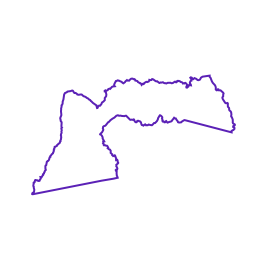 outline of Pracuúba, Amapá, Brazil, rotated 350°
{"feature_id": "56859067B17599195278011", "entity_name": "Pracuúba", "entity_type": "district", "adm_level": 2, "iso_a3": "BRA", "parent_name": "Brazil", "parent_adm1": "Amapá", "projection": "natural_earth1", "projection_center": [-51.252, 1.606], "detail": "fine", "context": "isolated", "style": "outline", "palette": "violet", "viewbox_px": 256, "rotation_deg": 350, "n_neighbors": 0, "source": "geoboundaries", "source_scale": "gbopen_adm2", "svg_char_len": 5843}
<svg xmlns="http://www.w3.org/2000/svg" viewBox="0 0 256 256"><g transform="rotate(350 128 128)"><path d="M22.7,176.7L92.9,175.3L104.8,175.4L109.2,175.2L109.0,173.7L108.7,173.1L108.9,170.6L109.3,168.8L108.7,168.1L108.6,167.3L109.0,167.0L109.5,167.2L110.0,167.1L110.3,166.5L110.5,166.0L110.3,164.8L109.8,163.6L110.1,163.0L110.1,162.2L112.0,161.1L112.3,160.7L112.3,160.2L111.9,159.7L112.1,158.3L111.9,157.5L111.3,157.4L110.7,157.5L110.8,156.6L111.1,155.8L110.7,154.8L110.7,153.8L110.3,153.5L110.4,152.8L110.0,152.6L109.7,153.0L108.5,153.1L108.2,152.4L107.7,152.0L107.9,151.2L106.6,149.5L107.0,147.4L106.5,146.2L105.5,145.6L104.5,144.4L105.1,143.9L104.6,142.3L104.2,141.8L103.3,141.6L102.3,140.9L101.4,140.9L101.1,140.4L101.2,138.9L100.8,138.6L101.5,137.5L101.2,136.9L101.5,136.4L102.1,136.6L101.2,133.9L101.4,132.7L100.9,131.0L100.0,129.6L99.5,129.4L99.7,129.0L101.7,127.7L103.2,125.8L103.4,125.1L103.1,124.2L103.7,122.5L104.3,122.1L105.0,121.9L105.7,121.9L106.5,121.5L109.2,119.1L109.6,118.8L110.4,118.6L112.0,117.3L114.4,116.1L116.4,115.4L118.7,113.9L120.3,113.7L121.3,114.4L122.8,114.5L124.1,115.1L126.6,115.7L127.4,115.5L128.3,115.6L131.5,120.2L131.9,120.4L133.3,120.4L134.3,120.9L135.0,120.5L135.4,120.7L135.8,122.6L136.3,123.4L136.7,123.7L137.4,123.8L137.9,123.4L138.4,122.6L138.8,122.6L139.5,122.7L140.3,123.4L140.8,123.4L141.7,124.6L141.9,127.0L142.2,127.5L143.1,127.8L143.5,128.3L145.5,127.4L146.3,128.5L146.9,128.4L147.9,128.7L149.0,128.2L150.4,128.9L152.0,129.4L152.6,129.1L154.6,127.6L155.5,127.8L157.6,126.3L158.9,124.7L159.3,123.6L161.3,121.3L161.7,121.0L162.2,121.3L162.9,122.0L163.6,123.3L163.5,124.0L163.1,124.7L163.4,125.6L163.1,126.9L163.3,127.6L164.1,127.6L164.8,128.7L165.5,128.8L165.9,128.6L166.2,128.0L166.8,127.8L167.6,129.3L168.0,129.6L169.0,129.3L171.7,129.0L172.2,128.8L173.3,127.6L174.1,127.0L175.2,125.9L176.1,126.9L176.7,126.9L177.3,128.5L178.2,130.2L178.3,131.0L178.8,131.3L179.9,131.6L181.5,131.6L182.0,131.1L183.7,130.4L184.9,130.0L185.5,130.2L229.3,150.3L229.5,148.9L230.6,148.4L231.4,148.3L232.7,147.3L232.8,146.1L231.7,145.2L232.0,144.4L233.3,144.0L233.7,143.7L233.8,143.1L232.3,141.7L232.1,140.8L232.4,139.4L232.6,137.8L232.1,135.3L231.7,134.8L231.6,134.3L232.2,132.6L232.3,130.5L232.0,129.5L231.0,128.3L230.8,127.7L231.0,126.2L230.9,125.6L230.1,124.5L230.1,123.9L230.6,121.1L230.2,120.6L229.4,120.7L228.7,120.6L228.1,120.1L226.4,116.1L226.2,114.9L226.3,114.2L227.2,113.4L227.5,111.9L227.7,111.2L228.1,110.7L227.9,109.8L225.7,107.0L223.8,106.6L223.7,105.6L223.1,105.5L222.6,106.2L221.9,106.3L221.4,105.8L221.1,105.2L221.4,104.0L221.5,103.0L221.3,101.7L221.1,101.0L219.3,98.2L218.7,96.5L218.0,92.9L217.3,91.8L217.5,90.6L210.3,90.4L208.6,91.1L207.3,92.8L206.1,93.1L205.5,93.1L204.8,92.8L203.8,91.5L202.1,90.4L200.6,91.3L200.2,91.2L199.6,89.6L198.7,89.0L198.1,89.3L198.8,91.1L198.7,92.4L198.0,92.5L197.5,92.9L196.8,94.0L196.8,94.8L197.4,96.3L197.4,96.9L195.7,96.2L194.6,97.7L194.1,97.5L193.1,98.5L192.6,98.3L192.5,97.8L192.7,97.4L193.1,97.5L193.7,95.6L193.1,94.4L192.3,93.5L191.8,93.5L191.3,93.9L190.4,93.5L189.9,93.7L189.7,93.1L188.9,92.2L188.0,91.9L187.0,90.8L186.5,90.7L186.1,90.4L185.5,90.5L185.0,90.2L184.4,90.4L184.2,90.9L183.8,91.3L183.3,91.4L182.9,91.1L182.6,90.6L182.2,90.5L179.9,91.5L178.7,91.5L177.6,90.8L175.0,90.4L173.4,90.8L172.8,90.4L171.8,90.2L171.1,89.8L170.3,89.0L168.9,89.1L167.9,88.8L167.1,89.1L166.7,89.1L164.8,87.0L163.9,87.0L163.0,86.3L161.4,84.6L160.3,84.0L159.9,84.2L159.4,84.8L158.6,84.8L157.4,84.3L157.2,85.0L156.3,85.9L155.6,85.9L155.0,86.1L154.5,85.8L154.0,85.7L152.2,86.4L151.7,86.9L151.3,86.9L151.1,87.4L150.6,87.5L149.9,87.1L148.9,87.9L148.6,86.8L148.3,86.4L148.0,86.0L147.5,86.0L147.2,85.6L145.8,84.5L145.6,83.8L145.2,83.3L143.4,82.5L143.4,81.7L142.9,81.0L141.9,80.9L141.2,80.2L139.8,80.0L139.0,80.3L137.2,81.6L136.7,81.3L135.9,81.3L135.3,80.6L133.5,81.7L133.0,82.3L131.2,83.2L130.5,82.6L129.7,81.4L128.5,80.7L127.5,79.9L126.7,79.7L126.3,79.3L125.9,79.3L124.7,79.8L124.2,79.7L122.5,81.9L121.8,83.2L121.8,83.8L122.2,84.6L120.1,84.5L119.4,84.7L117.2,86.4L116.7,86.0L115.3,86.3L114.6,87.2L113.3,87.5L112.7,87.5L112.3,87.0L111.5,87.3L111.4,88.0L112.0,88.3L112.4,89.0L112.5,91.3L112.0,92.9L110.3,94.5L110.0,96.5L108.4,97.7L106.8,98.4L105.8,100.0L104.3,101.2L103.5,100.9L102.4,101.6L101.4,103.0L101.0,103.0L100.8,100.9L101.0,100.4L100.6,100.0L97.8,97.2L96.5,95.3L96.1,95.0L95.6,93.9L94.6,93.2L93.9,92.1L92.5,91.1L91.9,90.3L90.7,89.4L90.1,89.2L89.4,88.6L88.3,87.1L87.6,86.8L85.1,86.7L83.9,86.2L83.6,85.5L82.5,84.4L81.3,84.2L80.7,83.1L80.2,81.8L79.5,81.4L77.8,81.7L74.7,81.6L74.1,82.1L71.9,82.7L70.9,84.0L69.4,88.6L68.2,90.8L67.9,92.4L67.2,93.7L66.6,94.0L66.4,94.5L66.3,95.5L65.5,97.2L65.4,98.1L64.9,99.9L64.7,103.0L64.5,104.0L63.2,106.0L62.9,107.0L63.1,108.7L62.9,109.2L63.1,109.9L63.5,110.4L63.6,111.1L62.8,114.4L62.7,115.7L63.0,116.2L62.5,116.5L62.2,117.1L62.4,118.7L61.8,119.9L61.8,121.2L61.1,122.2L60.6,123.5L60.8,124.3L60.5,125.3L60.6,125.9L60.1,127.0L59.9,127.8L59.1,128.8L59.2,129.4L58.7,129.7L58.4,130.5L58.0,131.0L56.8,131.4L56.6,131.8L55.2,132.5L54.7,133.4L52.6,133.8L52.6,134.3L51.8,135.2L51.8,135.8L51.3,136.1L51.1,136.7L51.1,137.3L50.8,137.7L50.7,138.4L49.9,139.2L49.7,139.9L48.1,140.8L47.7,141.4L46.5,142.3L46.5,143.0L45.9,143.2L45.7,143.7L45.3,144.0L44.9,145.2L44.3,146.0L43.7,146.5L43.1,146.5L42.7,147.0L42.2,147.2L41.0,150.4L40.3,150.7L40.0,151.3L39.6,153.7L39.8,154.4L39.7,155.1L39.2,155.3L38.5,156.1L38.3,156.8L37.7,157.2L37.3,158.3L36.2,158.8L36.2,159.6L35.8,159.8L34.4,161.4L33.3,161.1L33.4,162.4L33.2,162.8L32.3,163.5L31.9,164.5L31.5,164.7L30.3,164.5L30.0,163.9L28.7,163.6L28.2,163.2L27.7,163.1L27.2,163.7L26.6,165.2L26.3,165.4L25.8,165.3L25.5,165.6L25.6,166.1L25.3,166.6L25.2,167.1L24.8,168.1L24.7,168.8L25.0,169.4L24.8,170.6L25.0,172.3L24.9,172.9L24.3,174.7L22.6,175.5L22.3,175.9L22.2,176.5L22.7,176.7Z" fill="none" stroke="#5b21b6" stroke-width="2"/></g></svg>